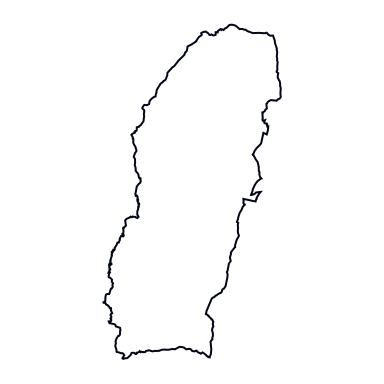 Vizantea-Livezi, Vrancea, Romania, rotated 88°
{"feature_id": "2599482B64816881324136", "entity_name": "Vizantea-Livezi", "entity_type": "district", "adm_level": 2, "iso_a3": "ROU", "parent_name": "Romania", "parent_adm1": "Vrancea", "projection": "robinson", "projection_center": [26.804, 45.968], "detail": "fine", "context": "isolated", "style": "outline", "palette": "ink", "viewbox_px": 384, "rotation_deg": 88, "n_neighbors": 0, "source": "geoboundaries", "source_scale": "gbopen_adm2", "svg_char_len": 6062}
<svg xmlns="http://www.w3.org/2000/svg" viewBox="0 0 384 384"><g transform="rotate(88 192 192)"><path d="M154.7,249.0L157.2,247.8L160.6,247.8L162.9,248.3L165.9,247.5L169.0,247.5L172.2,245.1L176.0,244.4L176.9,243.5L176.3,243.4L176.6,242.9L178.2,243.1L179.2,242.8L181.1,243.5L182.3,245.2L184.6,247.0L192.3,248.7L194.0,248.3L194.2,247.7L193.7,247.3L194.7,246.6L196.5,246.6L197.9,246.1L198.2,246.1L198.0,246.9L199.2,246.9L199.7,246.5L202.0,246.0L201.7,245.3L201.9,245.2L202.8,245.2L203.5,245.8L205.1,245.7L205.4,245.9L205.3,246.3L207.4,246.5L209.3,247.3L212.6,247.5L214.9,246.3L215.2,246.9L216.0,247.4L215.7,248.0L215.8,248.4L214.9,249.6L214.8,250.9L214.4,252.2L215.1,252.9L215.1,253.6L214.5,254.2L215.5,255.7L216.6,258.4L218.1,259.8L223.3,259.2L225.0,261.1L225.3,262.0L225.9,262.1L226.1,261.6L227.2,262.0L229.0,261.8L230.9,262.2L231.4,263.0L232.8,261.7L233.8,262.1L234.0,262.5L233.2,263.7L233.6,264.5L236.5,266.0L237.3,265.7L238.5,266.4L239.6,266.7L240.0,267.0L239.9,268.2L242.1,269.1L245.2,271.2L246.5,271.2L247.1,271.5L247.7,272.1L247.1,272.8L248.1,273.4L249.2,273.3L249.5,273.6L249.1,274.2L249.3,274.4L250.4,273.9L252.0,274.6L252.6,274.2L257.8,276.1L258.2,275.7L258.8,276.1L259.9,276.0L260.2,275.6L260.3,275.9L260.1,276.4L260.6,276.6L260.8,275.8L261.1,275.6L261.0,277.1L261.9,277.4L262.3,277.4L262.6,276.8L262.8,277.2L264.2,277.4L265.9,276.6L266.2,277.1L266.9,276.6L267.3,277.1L269.0,277.9L268.8,277.5L269.4,276.8L270.1,277.4L273.6,278.3L274.1,278.2L275.3,276.3L276.8,275.0L278.8,275.3L280.5,274.1L282.1,274.8L284.0,274.5L285.6,275.6L285.8,276.4L291.1,278.3L291.0,280.4L291.4,281.2L291.9,281.6L293.4,282.1L298.2,282.5L299.1,284.3L299.7,284.1L299.8,283.5L299.6,282.7L300.6,282.0L301.3,281.9L302.3,280.1L303.4,279.4L303.6,278.9L305.3,278.1L305.2,277.0L305.4,276.9L307.5,277.1L310.4,276.0L311.2,277.4L312.1,277.7L312.5,277.7L313.3,277.0L314.7,277.0L315.4,277.9L316.0,277.8L316.5,277.2L317.8,277.2L318.7,278.1L318.3,279.0L318.4,279.7L320.3,279.0L320.5,277.6L321.5,274.0L322.2,273.1L323.6,272.9L325.2,268.7L326.1,268.5L327.5,268.3L328.6,268.8L331.7,268.8L333.1,269.8L333.5,271.1L336.5,272.9L338.6,273.6L340.9,273.4L343.2,274.1L347.1,273.0L348.8,273.0L349.2,272.8L349.9,270.1L350.6,268.8L350.7,267.0L351.5,266.1L352.3,265.9L352.7,265.4L355.7,267.3L356.4,266.5L355.9,265.1L355.8,262.9L355.3,261.9L352.6,258.9L350.7,258.0L350.6,255.9L350.9,255.2L351.9,254.2L351.9,253.3L350.8,252.9L351.0,252.4L350.4,251.6L350.0,250.4L349.2,249.8L350.3,249.0L349.9,247.8L350.4,246.7L350.2,245.9L350.4,245.5L350.1,244.0L349.2,243.5L348.7,240.1L349.3,239.0L349.9,236.7L349.4,234.3L349.8,232.8L349.5,231.7L349.6,230.1L349.2,229.6L348.6,227.5L348.5,224.4L348.8,223.7L348.7,222.6L348.9,221.5L348.2,217.0L348.6,214.6L346.3,209.9L346.8,206.7L347.3,205.3L349.0,203.3L348.6,199.9L349.4,198.3L350.6,197.7L351.1,196.7L351.4,194.8L350.7,193.6L350.7,193.0L352.4,191.6L353.1,190.4L353.1,189.8L353.9,188.8L352.7,187.0L355.2,183.8L356.4,183.0L356.6,182.4L357.6,181.6L357.8,180.2L357.1,180.4L356.7,179.8L355.1,178.9L349.9,178.2L342.4,178.7L340.8,177.7L340.1,176.8L338.8,176.9L336.4,176.1L333.7,176.1L330.8,176.8L328.6,176.3L327.3,175.4L324.2,175.8L322.6,175.2L320.0,176.4L320.0,177.0L318.7,177.7L317.6,179.0L316.6,179.5L316.2,180.2L315.3,180.7L314.6,182.4L311.4,181.6L299.2,176.0L298.3,174.9L297.8,173.5L296.2,171.7L296.2,171.1L295.2,169.9L294.1,167.8L293.8,166.6L292.8,165.8L290.7,165.2L290.2,164.7L289.8,163.6L287.4,161.8L278.5,159.6L275.3,159.3L273.2,159.9L271.6,159.1L264.8,157.6L262.3,155.7L258.9,156.4L255.1,155.2L253.7,155.2L249.0,151.4L248.7,150.8L246.9,150.8L243.3,149.7L241.0,148.8L237.4,146.6L234.6,147.4L232.5,147.6L229.5,147.2L226.5,147.4L224.4,146.9L223.5,148.2L220.5,146.9L219.1,146.7L214.6,145.1L211.8,143.2L208.4,141.7L206.6,139.7L206.2,139.8L205.9,140.6L204.3,141.1L202.9,140.7L200.7,140.9L203.7,128.8L201.5,128.1L201.0,127.9L201.0,127.6L199.7,127.4L196.0,124.9L194.3,123.4L194.7,128.0L196.0,129.4L197.1,132.4L197.0,133.1L193.1,131.5L191.4,131.1L187.4,129.1L185.0,127.5L183.2,125.8L181.3,123.1L181.0,122.1L179.4,123.4L178.1,123.8L176.5,124.1L174.5,123.8L173.5,124.4L172.6,124.5L169.2,124.4L164.3,125.4L161.5,127.2L157.2,129.3L157.1,129.9L156.6,130.1L155.7,129.1L153.6,128.3L150.2,125.7L146.7,121.9L145.5,121.1L135.4,118.6L137.1,115.3L133.4,114.1L129.1,113.5L129.3,114.4L128.9,114.5L127.4,114.8L126.9,114.4L126.1,115.0L126.2,116.0L125.5,117.3L124.6,117.4L122.8,116.6L123.3,117.9L123.2,118.8L121.9,119.1L121.2,118.7L115.3,118.9L115.5,118.4L114.5,117.9L113.9,116.6L112.6,116.0L111.1,114.3L106.6,114.6L105.8,113.7L105.0,113.4L104.4,112.8L102.9,110.0L103.7,104.3L102.8,103.5L101.5,100.9L100.3,100.0L96.6,100.2L91.2,99.7L88.6,100.3L87.0,100.1L84.2,100.5L83.5,101.1L80.6,102.3L79.0,102.3L76.2,101.7L75.0,103.1L74.3,103.2L72.8,102.4L69.1,102.4L65.0,101.9L63.4,102.4L61.6,102.2L59.5,102.6L55.3,101.9L52.7,102.4L51.7,102.2L45.9,103.9L43.5,104.0L38.5,105.6L38.5,108.5L37.5,110.1L35.4,111.8L35.9,113.6L35.3,119.6L35.3,125.6L33.1,131.1L31.7,132.8L31.6,134.1L30.8,136.1L30.8,138.8L27.3,142.6L26.3,145.6L26.2,147.7L26.5,149.0L29.0,151.6L29.7,153.4L31.2,154.8L30.4,156.3L31.1,157.1L30.3,157.6L30.2,158.0L32.1,160.5L33.5,160.8L33.0,162.4L33.1,162.8L35.8,162.9L36.2,164.6L36.2,165.6L35.2,167.1L35.8,168.4L35.6,169.1L34.0,170.2L32.2,172.7L32.4,174.7L33.3,177.1L34.0,177.3L35.2,176.7L36.2,177.8L37.1,179.5L41.2,182.6L41.6,182.5L44.5,187.3L46.4,191.3L50.3,192.1L51.7,193.0L52.3,193.9L54.8,195.0L60.1,200.8L65.7,205.5L66.7,207.2L71.7,212.1L72.3,212.5L74.3,212.6L78.5,214.3L79.4,215.0L79.9,216.4L81.2,217.5L82.7,219.7L88.7,223.6L90.0,224.0L91.3,224.0L92.8,224.7L95.3,225.1L95.7,226.8L97.8,229.6L99.7,231.2L102.6,231.8L103.6,233.7L103.3,236.5L103.6,237.0L105.8,238.6L106.8,238.7L108.1,237.3L109.0,236.9L110.9,237.0L112.0,237.4L115.4,237.2L116.1,237.5L119.6,238.0L123.4,240.9L124.1,242.2L125.0,242.7L125.4,244.9L128.4,245.1L129.0,245.5L129.1,246.7L129.6,247.3L130.4,246.9L130.9,247.1L131.2,248.5L132.1,250.0L132.7,250.6L135.5,249.2L136.6,249.4L137.1,248.7L140.0,249.0L141.5,248.8L145.5,246.7L146.4,246.7L147.6,246.2L149.3,246.2L151.1,247.6L154.7,249.0Z" fill="none" stroke="#020617" stroke-width="2"/></g></svg>